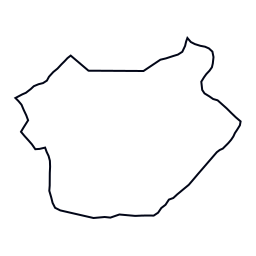 outline of Viradouro, São Paulo, Brazil
{"feature_id": "56859067B60217010501948", "entity_name": "Viradouro", "entity_type": "district", "adm_level": 2, "iso_a3": "BRA", "parent_name": "Brazil", "parent_adm1": "São Paulo", "projection": "orthographic", "projection_center": [-48.306, -20.88], "detail": "fine", "context": "isolated", "style": "outline", "palette": "ink", "viewbox_px": 256, "rotation_deg": 0, "n_neighbors": 0, "source": "geoboundaries", "source_scale": "gbopen_adm2", "svg_char_len": 1254}
<svg xmlns="http://www.w3.org/2000/svg" viewBox="0 0 256 256"><path d="M60.3,210.4L93.5,218.0L104.7,217.0L110.4,217.6L119.4,214.5L135.2,215.9L141.9,215.6L148.1,215.5L153.7,215.6L158.1,212.7L161.3,208.0L165.5,204.8L168.9,199.6L173.3,198.0L177.2,194.4L183.1,189.5L188.8,184.8L194.1,178.6L197.9,174.1L216.8,152.2L219.7,150.0L222.8,148.6L225.6,145.8L228.3,143.1L231.2,139.7L233.4,136.4L234.9,133.1L237.1,129.8L239.9,125.3L240.6,121.4L235.8,117.3L231.4,113.1L226.7,108.4L217.6,100.3L213.1,99.0L209.4,96.4L204.5,93.4L202.2,89.9L201.3,81.7L204.0,77.3L206.3,74.1L209.5,70.7L211.9,67.3L212.8,63.5L213.5,57.1L212.4,51.6L208.9,48.4L205.0,46.7L200.3,45.8L194.9,44.1L190.8,42.0L187.4,38.0L186.1,41.6L185.1,45.9L182.3,51.8L177.9,54.6L173.6,55.9L170.5,56.9L165.9,58.4L160.4,59.7L143.5,71.0L88.5,70.7L70.7,55.6L67.5,58.1L64.9,60.9L61.3,64.5L57.5,68.6L53.3,72.0L49.0,76.7L46.9,80.6L43.0,83.1L38.6,84.2L33.8,86.2L30.8,89.0L25.9,92.8L22.4,94.3L15.4,98.0L18.4,101.0L21.5,104.7L23.7,109.9L26.3,115.4L28.1,120.3L23.5,127.6L21.0,131.8L24.6,136.1L28.4,140.3L31.9,144.3L35.3,149.2L39.6,148.9L45.1,147.6L46.6,151.8L48.6,156.0L49.9,160.8L50.1,166.7L49.8,172.9L49.7,185.7L49.3,190.8L51.2,197.3L52.6,202.9L55.1,207.8L60.3,210.4Z" fill="none" stroke="#020617" stroke-width="2"/></svg>